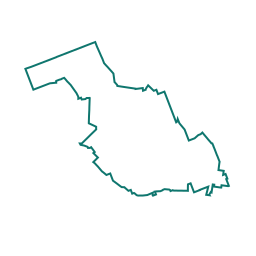 outline of Nungarin, Western Australia, Australia, rotated 249°
{"feature_id": "25037944B34284730981486", "entity_name": "Nungarin", "entity_type": "district", "adm_level": 2, "iso_a3": "AUS", "parent_name": "Australia", "parent_adm1": "Western Australia", "projection": "mercator", "projection_center": [118.178, -31.137], "detail": "fine", "context": "isolated", "style": "outline", "palette": "teal", "viewbox_px": 256, "rotation_deg": 249, "n_neighbors": 0, "source": "geoboundaries", "source_scale": "gbopen_adm2", "svg_char_len": 2756}
<svg xmlns="http://www.w3.org/2000/svg" viewBox="0 0 256 256"><g transform="rotate(249 128 128)"><path d="M63.6,201.4L67.2,201.4L69.7,201.4L70.6,201.3L72.8,201.3L74.5,201.3L77.8,201.3L80.2,201.2L80.3,201.3L83.4,201.2L83.8,200.4L85.1,200.0L88.9,198.6L90.2,198.2L94.4,196.7L97.1,195.8L96.2,193.6L96.2,191.1L94.5,186.5L94.5,180.3L97.4,180.3L101.9,180.3L106.3,180.3L113.9,177.7L118.4,177.6L118.5,177.6L116.7,176.4L116.5,176.1L116.2,175.8L116.1,175.5L116.0,175.0L116.3,175.0L119.8,175.0L128.7,175.0L130.4,175.0L132.0,175.0L138.2,175.0L145.6,175.0L148.9,175.0L148.9,168.2L153.5,168.2L153.5,165.4L160.6,162.1L159.7,160.9L159.4,160.2L157.5,158.0L157.4,158.0L157.4,155.4L158.7,155.7L160.0,156.1L161.7,149.1L162.0,149.2L165.3,143.3L168.8,137.1L171.1,133.1L172.1,133.3L175.8,131.9L175.9,132.0L176.5,132.1L182.4,133.5L184.1,133.9L193.1,130.5L193.2,130.4L197.1,128.9L201.8,128.9L203.3,128.8L204.8,128.7L209.3,128.5L215.2,128.2L215.6,128.2L218.5,128.2L220.0,128.2L220.0,123.8L219.9,86.7L219.8,86.4L219.8,85.7L219.8,69.6L219.8,65.4L219.8,60.8L219.8,59.5L220.0,54.8L220.0,53.4L197.7,53.4L197.7,71.1L196.2,76.6L196.0,77.2L197.6,77.7L197.7,78.0L197.7,81.4L197.6,82.0L197.5,83.3L197.6,83.5L197.7,83.8L197.7,84.0L197.7,86.4L196.1,87.0L193.1,88.0L191.4,88.8L190.1,89.3L188.8,89.9L187.2,90.3L179.0,92.4L175.0,92.8L173.1,92.1L173.1,95.0L171.2,95.0L170.3,98.5L170.8,100.2L170.1,102.1L169.8,103.0L169.7,103.0L167.2,101.9L161.3,99.4L158.6,98.3L153.4,96.0L147.9,93.7L146.5,93.1L146.4,93.1L145.4,94.1L142.5,96.9L140.6,98.7L138.7,98.0L138.1,97.8L137.9,97.3L135.1,90.7L134.3,88.9L132.9,85.7L130.1,79.2L130.8,77.5L129.3,77.7L127.3,80.8L124.9,83.5L123.7,83.5L123.0,85.5L123.3,86.7L117.5,88.3L117.0,86.7L111.2,89.3L110.1,86.8L108.6,83.4L106.9,84.4L104.6,85.3L102.5,86.2L102.4,86.2L96.7,88.2L95.5,89.0L93.0,90.4L91.9,91.0L91.9,95.1L84.2,95.1L80.3,97.6L77.7,99.2L76.4,100.0L75.1,100.9L74.0,103.4L73.9,103.4L69.2,105.9L69.2,108.4L65.4,108.4L65.2,108.4L65.2,110.3L64.4,110.9L62.2,112.0L61.3,113.2L59.6,117.8L58.5,122.0L58.7,128.0L58.5,127.8L58.2,127.6L57.8,127.5L57.5,127.3L56.5,127.0L56.3,126.9L56.1,126.7L55.9,126.3L55.9,126.9L55.9,130.3L59.0,130.3L58.8,131.2L58.5,132.3L57.8,134.4L57.4,135.5L57.4,135.9L57.5,137.6L57.5,137.9L57.7,138.2L57.7,138.4L57.8,138.7L57.8,138.9L57.8,140.2L55.7,144.5L54.9,145.1L53.9,145.1L53.9,147.5L53.4,147.8L51.4,152.7L48.4,160.3L47.9,161.4L50.8,162.5L53.7,163.7L53.9,163.8L53.9,166.6L50.3,166.6L44.3,166.6L44.3,172.7L44.5,172.7L44.5,181.9L41.7,180.0L37.6,177.1L36.0,180.0L36.6,179.9L38.6,182.4L37.9,182.9L44.9,186.9L44.2,188.2L42.5,187.3L39.4,192.8L39.0,193.7L41.0,194.8L39.4,197.8L37.8,200.7L37.8,201.4L45.1,201.4L45.1,202.6L50.1,202.6L50.1,200.0L53.7,202.0L56.3,197.4L62.1,200.5L63.5,201.3L63.6,201.4Z" fill="none" stroke="#0f766e" stroke-width="2"/></g></svg>